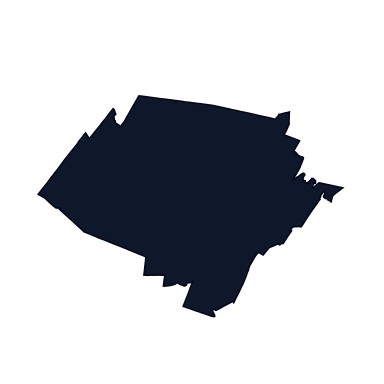 Trivalea-Mosteni, Teleorman, Romania, rotated 144°
{"feature_id": "2599482B61439270983538", "entity_name": "Trivalea-Mosteni", "entity_type": "district", "adm_level": 2, "iso_a3": "ROU", "parent_name": "Romania", "parent_adm1": "Teleorman", "projection": "robinson", "projection_center": [25.216, 44.27], "detail": "fine", "context": "isolated", "style": "filled", "palette": "ink", "viewbox_px": 384, "rotation_deg": 144, "n_neighbors": 0, "source": "geoboundaries", "source_scale": "gbopen_adm2", "svg_char_len": 5682}
<svg xmlns="http://www.w3.org/2000/svg" viewBox="0 0 384 384"><g transform="rotate(144 192 192)"><path d="M317.9,280.6L317.8,280.3L316.7,278.2L315.3,275.1L314.7,273.8L314.4,272.3L313.5,267.5L312.4,262.2L311.5,259.2L311.4,259.0L310.8,258.5L307.7,256.1L308.1,256.0L309.4,256.0L309.3,255.5L307.8,248.1L305.8,238.9L305.1,234.9L304.0,229.9L302.8,223.8L302.9,223.6L302.2,222.3L296.2,212.7L293.9,208.8L291.3,205.0L286.5,197.2L282.5,191.0L278.7,185.0L277.0,182.0L273.2,176.1L272.2,174.3L268.8,168.9L267.4,166.6L278.7,154.2L279.8,153.1L277.1,150.8L274.0,148.8L272.1,147.3L268.7,145.0L263.3,140.9L263.2,140.8L263.2,140.5L263.7,139.9L267.5,135.9L269.1,134.1L270.0,133.3L270.5,132.7L270.4,132.5L265.5,129.6L263.0,128.4L261.5,127.9L260.6,127.7L259.3,127.3L258.8,127.4L257.9,127.6L257.6,127.5L257.1,127.3L256.9,127.0L257.0,126.5L257.0,126.3L256.8,126.0L256.5,125.6L256.1,124.4L254.0,121.5L253.9,120.8L253.7,120.6L253.4,120.4L252.8,120.1L251.6,120.0L251.1,120.0L250.9,120.1L249.9,121.2L249.4,121.3L249.1,121.1L246.5,119.5L246.2,119.4L245.2,119.5L244.1,119.1L246.8,117.3L247.1,117.2L248.4,116.4L255.2,111.8L265.8,105.1L266.4,104.6L265.2,103.0L264.0,101.2L261.4,97.6L258.7,93.5L257.1,91.4L255.3,88.7L254.0,87.0L252.4,84.7L251.4,83.3L250.0,81.1L248.4,79.2L247.8,78.5L247.3,78.0L247.1,77.9L246.9,77.9L246.7,78.2L246.7,78.4L246.7,78.6L247.3,79.0L247.2,79.1L246.9,79.1L246.2,78.8L246.1,79.0L245.9,80.5L245.6,81.7L245.4,83.8L244.9,84.1L244.0,84.2L242.8,83.8L242.3,83.8L242.5,82.8L242.5,82.5L242.4,82.2L242.1,82.1L237.9,81.4L234.4,81.1L223.7,79.6L223.3,79.4L223.2,79.3L223.3,77.9L217.5,81.0L213.2,83.1L208.6,85.7L205.5,87.3L203.4,88.5L197.5,92.2L194.4,94.4L192.1,95.7L191.7,96.1L191.3,96.6L189.2,98.1L183.5,100.7L179.2,102.6L177.2,103.3L173.7,104.0L172.7,101.8L171.5,99.2L162.8,101.5L162.0,101.5L159.0,100.8L158.9,100.7L153.0,99.5L152.2,97.6L149.6,97.7L149.2,97.3L148.7,96.7L142.6,99.0L141.8,99.4L134.3,102.0L134.9,103.0L135.2,103.3L133.4,103.7L131.6,104.4L130.5,104.1L129.3,103.5L129.1,103.5L128.9,103.5L128.1,102.7L126.1,101.4L124.1,99.6L120.1,101.1L115.4,103.0L106.1,106.4L100.4,108.3L98.0,109.0L94.3,110.4L93.2,110.7L92.7,110.8L92.7,111.5L92.6,111.8L92.4,111.9L92.2,112.0L91.1,112.3L90.8,112.5L90.3,113.2L89.5,113.7L89.4,113.7L88.8,113.8L88.0,114.1L87.2,114.6L86.2,115.1L85.6,115.0L85.3,114.8L85.2,114.7L85.2,114.4L85.3,113.9L85.8,112.5L85.9,112.3L86.2,112.1L87.3,111.7L87.7,111.5L88.5,110.8L88.6,110.5L88.2,109.5L88.1,108.7L87.9,108.4L87.4,107.7L86.9,107.3L86.4,106.5L86.5,106.0L86.7,105.7L86.7,105.4L86.5,105.2L86.2,105.2L86.0,104.5L85.6,103.7L85.5,103.3L85.4,103.1L85.4,102.4L85.4,102.2L85.1,102.3L84.8,102.4L84.0,103.4L83.6,103.7L83.3,103.8L82.6,104.5L81.3,105.5L80.6,106.0L79.7,106.3L78.8,106.4L77.5,106.5L67.5,106.7L74.2,114.2L79.9,120.5L83.7,124.8L91.3,124.2L91.8,124.1L92.0,124.1L92.1,124.7L91.9,125.0L91.6,125.3L89.8,126.6L88.9,127.2L88.5,127.6L88.4,127.7L88.2,127.8L88.0,127.5L87.7,127.0L87.7,126.7L87.3,126.5L87.0,126.5L86.7,126.7L86.3,127.3L86.1,127.7L86.0,128.1L85.6,128.1L85.5,128.3L85.4,128.5L85.5,128.8L85.8,129.3L85.8,129.5L85.6,129.9L86.1,130.3L86.0,130.7L85.8,130.9L85.8,131.1L86.2,131.8L86.9,132.6L88.0,132.3L88.4,132.2L89.3,131.9L89.6,131.9L89.9,132.0L90.9,131.7L91.1,131.4L90.9,131.1L91.0,131.0L91.4,131.1L91.6,131.5L91.7,131.9L91.9,131.9L92.2,131.7L92.6,131.1L92.7,130.8L92.8,130.5L93.0,130.4L93.4,130.6L93.5,130.7L93.5,131.2L93.4,131.6L93.5,131.8L94.3,131.9L94.4,132.1L94.4,132.4L94.6,132.6L94.5,133.1L94.6,133.8L94.3,134.1L93.8,134.2L93.7,134.4L94.4,135.1L94.6,135.5L95.2,135.9L95.3,136.0L95.2,136.3L95.1,136.5L94.8,136.5L94.7,136.6L94.8,136.8L94.9,137.0L94.7,137.4L94.2,137.6L93.8,138.1L93.4,138.2L93.0,138.6L92.2,139.0L91.8,139.1L91.2,139.1L90.9,139.4L90.9,139.8L90.4,140.0L90.2,140.3L90.3,140.8L90.7,141.6L90.9,141.8L91.2,142.0L91.8,142.1L94.1,142.2L96.1,142.0L97.2,142.2L97.5,142.1L97.9,142.2L98.4,142.4L98.6,142.4L99.2,142.2L100.1,142.3L100.8,142.0L101.3,142.1L101.5,142.4L101.6,142.5L102.7,142.5L103.1,142.7L102.5,143.0L102.1,143.2L101.4,143.4L101.0,143.6L95.5,145.9L92.8,147.1L90.4,148.3L83.6,152.7L82.3,153.5L81.9,153.9L81.7,154.4L81.7,154.8L82.0,155.4L83.6,157.3L83.9,158.1L84.3,158.7L84.6,159.9L84.7,160.5L84.6,161.3L84.8,163.2L85.0,164.1L85.2,164.6L85.7,165.4L74.9,170.1L74.9,170.4L84.1,184.5L81.9,185.1L80.4,185.8L74.1,189.4L72.9,190.5L72.5,191.3L71.8,192.4L67.0,198.5L66.1,199.5L67.9,200.2L71.5,201.8L75.3,203.2L75.8,203.4L75.9,203.7L78.6,202.5L79.5,202.6L80.1,202.5L81.6,201.7L85.8,206.6L93.6,215.3L95.9,218.1L101.7,224.6L105.0,228.2L108.7,232.4L111.1,234.9L113.0,237.3L115.7,240.2L117.0,241.8L124.8,250.4L126.2,251.7L133.6,258.8L134.2,259.3L134.4,259.4L141.3,266.0L144.6,268.9L147.0,271.4L151.1,275.3L151.7,275.8L152.9,277.0L156.9,280.8L163.0,286.4L167.8,291.0L175.3,298.2L178.4,301.0L178.6,301.0L202.0,290.4L203.4,289.7L205.4,288.8L209.9,287.5L211.7,286.9L211.8,286.9L211.8,287.3L211.6,288.6L213.0,292.3L213.3,292.6L213.3,292.8L213.3,293.6L213.1,293.8L212.6,294.0L212.4,294.3L212.4,294.5L212.4,294.9L212.5,295.6L213.0,295.9L213.0,296.2L212.8,296.4L212.2,296.6L211.6,297.2L211.5,297.5L211.4,298.2L211.5,298.9L207.8,299.8L207.7,300.9L206.8,303.4L206.5,304.2L206.6,304.5L207.1,304.7L207.1,304.9L206.8,305.6L206.6,305.8L206.2,306.0L211.8,304.4L212.8,304.2L214.5,303.6L220.2,301.9L222.9,301.3L225.0,300.7L226.3,300.2L226.5,299.6L227.3,299.9L228.3,299.7L243.7,295.5L243.6,297.1L243.3,302.4L243.8,302.3L247.0,301.4L248.4,300.9L249.3,300.7L253.2,299.7L254.1,299.3L254.4,299.3L254.4,299.2L255.4,298.8L256.8,298.3L258.1,297.9L260.1,297.4L262.6,296.7L265.1,296.1L275.8,293.1L280.4,291.6L281.1,291.4L288.0,289.2L292.6,288.0L295.2,287.1L297.1,286.7L298.8,286.2L304.4,284.3L308.4,283.3L315.6,281.2L317.9,280.6Z" fill="#0f172a" stroke="#020617" stroke-width="1.5"/></g></svg>